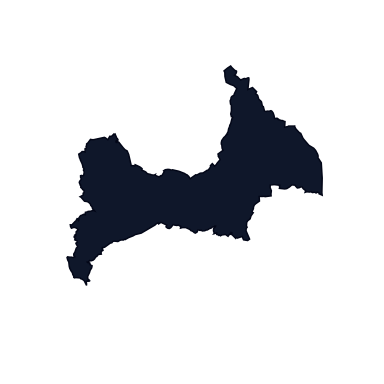 the district of Feliceni, Harghita, Romania, rotated 296°
{"feature_id": "2599482B81042464195170", "entity_name": "Feliceni", "entity_type": "district", "adm_level": 2, "iso_a3": "ROU", "parent_name": "Romania", "parent_adm1": "Harghita", "projection": "mercator", "projection_center": [25.253, 46.284], "detail": "fine", "context": "isolated", "style": "filled", "palette": "ink", "viewbox_px": 384, "rotation_deg": 296, "n_neighbors": 0, "source": "geoboundaries", "source_scale": "gbopen_adm2", "svg_char_len": 6015}
<svg xmlns="http://www.w3.org/2000/svg" viewBox="0 0 384 384"><g transform="rotate(296 192 192)"><path d="M246.2,310.4L248.2,309.1L261.6,302.9L274.9,295.4L278.1,290.1L279.6,289.6L281.0,288.4L283.6,284.8L284.7,282.2L285.2,276.6L288.1,269.9L289.0,268.1L292.4,264.0L292.4,262.5L294.2,257.8L295.6,255.8L296.3,255.4L293.6,249.9L293.0,249.6L290.8,246.9L296.1,244.7L295.8,243.2L296.0,242.2L295.6,241.8L294.9,237.5L295.4,237.6L295.6,236.1L294.2,234.0L296.7,232.2L298.6,230.3L299.6,228.5L299.7,227.3L298.4,225.9L297.6,224.0L296.9,223.5L296.5,222.1L296.6,221.6L300.0,218.7L300.0,218.2L300.4,217.3L303.4,215.0L304.0,213.8L304.6,211.4L307.5,208.8L307.9,208.0L308.2,206.0L310.5,206.1L312.4,200.6L308.6,197.3L318.0,193.9L319.4,193.1L319.3,192.4L317.2,190.6L317.2,189.7L316.6,188.8L314.0,186.6L314.9,183.7L315.4,182.7L315.6,179.0L317.5,179.6L319.5,179.4L320.2,178.9L320.1,177.1L321.4,173.1L322.2,171.5L319.0,169.6L314.9,167.7L313.8,169.1L310.2,171.0L305.6,174.7L305.5,179.4L305.9,182.8L304.7,186.9L298.6,187.0L297.4,187.3L295.5,186.0L294.2,185.7L292.3,186.3L290.7,186.3L287.9,188.1L287.3,189.3L282.1,191.9L279.1,192.6L277.1,194.3L277.6,194.7L277.0,195.8L275.1,195.8L270.5,196.8L268.5,196.7L267.1,197.1L264.8,197.2L262.1,198.0L259.2,197.9L259.1,198.4L258.3,197.7L256.5,197.4L254.9,196.7L251.4,196.2L249.5,196.6L247.9,197.3L247.3,198.2L244.6,199.8L243.0,201.6L237.5,198.7L236.0,200.1L235.7,199.9L233.5,203.1L228.6,201.9L227.4,201.9L225.1,200.9L225.2,200.6L225.8,199.4L226.4,197.8L223.7,197.0L222.7,197.7L218.8,197.0L218.2,196.1L214.0,193.6L212.5,191.1L209.5,189.0L209.1,187.8L203.1,184.5L204.6,182.2L205.3,179.8L205.1,178.8L205.4,177.3L204.9,171.1L203.4,164.7L202.4,163.5L202.5,162.3L201.8,160.4L200.3,158.2L198.6,157.2L198.2,158.1L194.0,157.8L192.4,156.8L192.6,156.5L191.0,155.8L191.1,154.4L190.8,153.3L191.2,151.2L191.4,151.2L190.6,150.6L189.5,147.7L189.7,147.3L189.0,144.4L189.0,143.4L189.7,141.8L189.8,140.6L189.7,138.0L189.5,137.5L191.1,136.9L191.6,134.9L191.7,133.1L191.6,128.9L190.2,129.2L189.9,127.5L189.0,125.9L198.0,118.6L200.5,115.7L200.6,113.3L201.6,110.7L204.7,104.3L204.3,103.1L203.6,102.9L203.4,102.3L203.9,101.9L203.8,101.5L204.8,101.4L205.1,102.0L204.5,102.4L204.8,103.0L206.6,102.5L207.2,101.6L207.0,101.3L210.4,97.4L209.3,96.8L209.7,96.3L206.9,95.3L206.5,94.9L206.1,93.7L202.1,93.4L202.7,90.5L202.7,89.3L196.0,80.8L195.2,79.2L194.8,77.7L190.5,76.9L189.0,76.2L187.8,76.8L186.6,76.8L186.4,77.4L184.5,77.8L184.3,77.0L184.0,76.9L181.1,78.4L180.7,76.5L180.2,75.5L178.6,75.0L176.4,73.6L173.3,76.0L172.7,77.3L172.1,77.3L169.2,80.9L167.2,82.7L166.5,83.0L165.6,84.6L164.8,85.0L164.1,84.8L162.9,86.3L159.3,87.4L158.9,87.0L158.4,85.3L157.8,84.7L156.4,85.4L155.0,86.9L152.3,86.3L151.0,86.6L149.7,88.1L149.8,88.5L149.0,88.7L148.7,89.5L147.3,90.1L147.0,91.6L146.2,92.8L146.2,94.1L144.3,95.3L143.2,94.7L141.6,95.6L138.7,93.5L138.6,94.6L136.6,99.4L137.5,102.3L137.2,104.4L136.6,105.9L135.5,107.0L135.0,108.5L133.4,110.0L132.7,111.4L132.7,112.1L132.3,112.8L132.2,111.2L130.4,109.5L129.0,107.1L128.6,107.1L127.0,105.1L124.7,106.2L124.5,105.9L124.8,104.8L123.9,103.9L123.2,103.6L122.3,102.5L121.2,102.0L118.8,101.7L117.6,102.6L116.6,102.5L117.8,100.7L117.7,100.4L115.0,100.3L114.4,99.9L110.9,98.8L110.3,98.9L109.7,98.2L109.2,97.0L107.6,98.1L106.6,99.5L108.2,101.1L108.7,102.0L108.9,104.0L108.2,106.3L105.5,105.3L103.4,106.3L101.8,105.5L101.6,106.7L99.9,105.7L99.1,107.1L99.0,107.6L97.6,107.6L97.6,108.8L97.9,109.9L96.4,111.0L95.3,110.1L94.9,110.2L93.9,111.5L93.2,112.9L92.2,113.1L90.8,112.6L86.8,113.1L84.4,112.9L82.9,113.8L82.8,114.7L82.5,115.0L82.2,114.6L81.6,114.6L80.9,113.7L80.6,112.2L79.9,110.9L79.2,108.6L78.3,108.4L76.4,110.1L75.0,112.0L71.3,114.3L69.8,115.6L68.0,118.0L67.0,119.9L65.8,120.8L64.2,122.9L63.4,123.2L63.4,124.2L64.1,125.0L65.7,129.0L65.3,130.0L65.5,131.5L65.1,133.9L61.8,138.2L63.9,137.1L65.2,135.7L65.1,136.1L65.9,137.0L66.8,138.7L67.2,138.9L67.3,137.6L68.0,137.7L68.1,137.2L67.9,137.0L68.4,136.2L70.6,135.2L74.6,135.2L76.9,134.8L79.7,135.1L81.4,134.7L82.0,134.4L81.8,132.7L82.5,132.1L82.6,131.3L83.3,131.3L83.4,130.4L83.2,129.4L82.9,129.2L83.1,128.5L84.6,129.9L85.6,130.0L85.6,130.8L86.1,131.7L87.4,133.0L89.1,133.7L91.3,133.9L92.4,134.7L94.8,135.2L96.4,137.7L97.1,137.1L98.8,136.5L99.8,136.6L99.9,137.3L100.6,137.6L101.7,136.1L102.0,136.4L102.8,135.8L104.1,137.7L110.3,141.0L111.2,142.2L112.7,142.5L113.3,143.0L113.9,144.0L115.0,147.1L117.2,148.6L118.7,150.7L118.5,150.9L118.6,151.2L120.1,152.3L120.0,152.8L123.2,155.0L126.8,158.3L128.8,159.6L132.8,164.4L146.2,173.3L147.1,173.5L149.5,175.0L148.7,176.0L151.1,177.4L151.2,183.8L149.3,183.9L148.8,185.7L149.1,187.2L149.4,187.8L150.8,188.6L154.5,189.4L154.6,190.9L155.3,193.1L156.3,194.3L156.1,195.8L156.2,197.0L154.5,197.5L155.8,199.0L157.3,202.1L157.4,206.5L156.8,208.1L157.0,209.0L156.9,210.6L156.5,211.7L156.5,213.0L158.1,214.1L160.5,214.0L161.0,214.9L160.8,215.4L161.4,216.8L161.7,216.9L161.5,218.3L162.8,220.5L163.8,221.2L164.7,222.5L166.4,223.5L168.3,225.3L169.3,225.5L170.6,227.1L171.4,227.4L171.7,228.2L170.6,228.3L170.1,227.8L168.5,227.5L166.5,228.3L164.7,230.1L164.1,230.0L166.0,232.1L164.7,232.9L165.0,234.4L164.8,235.1L165.1,235.2L165.5,234.6L165.1,236.8L166.5,237.7L168.5,240.7L168.0,243.8L172.8,244.7L172.7,245.9L171.0,245.7L171.2,246.7L169.5,251.6L170.5,251.7L170.5,253.0L174.0,256.6L171.6,259.3L172.8,263.3L174.9,264.4L180.8,257.6L182.9,256.7L184.5,257.0L185.3,255.9L188.6,254.5L190.6,254.7L193.3,256.0L196.5,255.5L200.2,256.1L200.2,255.0L200.5,254.6L203.9,254.5L205.4,253.9L207.4,253.7L209.2,254.3L213.4,256.6L217.4,254.3L220.1,259.6L219.9,259.8L223.2,264.8L224.9,263.8L227.9,262.8L230.3,260.2L232.6,259.3L234.7,262.7L236.5,267.9L235.1,268.3L234.5,268.9L233.6,269.0L235.4,274.0L236.6,275.7L239.1,277.3L242.1,278.6L243.3,281.5L242.8,282.3L241.8,284.9L242.8,286.4L244.4,287.7L244.8,288.6L243.7,290.6L243.0,293.6L241.3,293.8L242.5,295.1L243.6,297.9L244.6,299.1L244.3,299.7L244.3,300.5L245.6,302.4L245.5,303.9L245.9,304.3L246.8,304.4L246.9,306.4L246.7,306.8L246.1,307.0L246.2,310.4Z" fill="#0f172a" stroke="#020617" stroke-width="1.5"/></g></svg>